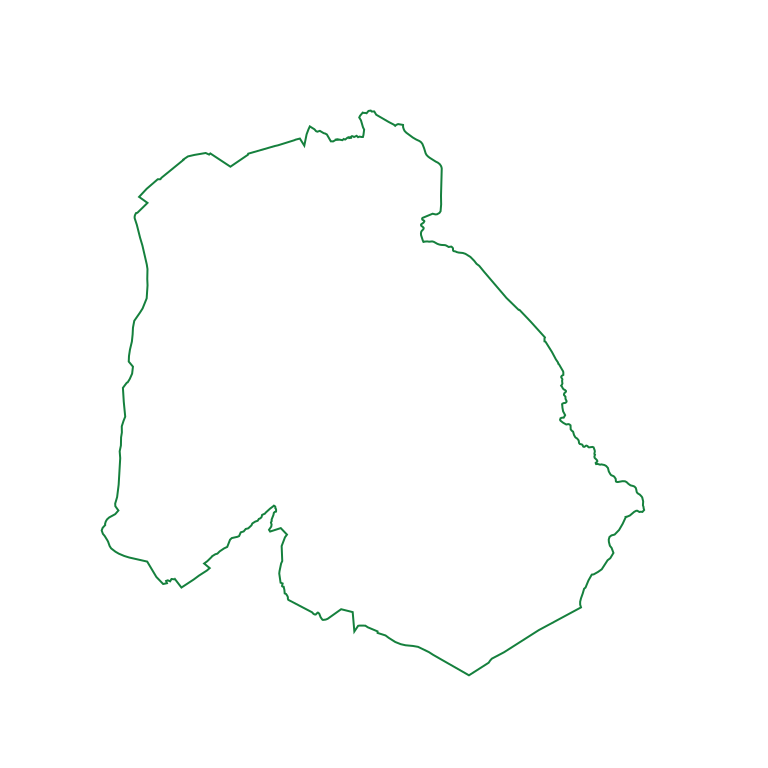 the district of Jacona, Michoacán, Mexico, rotated 14°
{"feature_id": "50627088B36086667335144", "entity_name": "Jacona", "entity_type": "district", "adm_level": 2, "iso_a3": "MEX", "parent_name": "Mexico", "parent_adm1": "Michoacán", "projection": "mercator", "projection_center": [-102.302, 19.941], "detail": "fine", "context": "isolated", "style": "outline", "palette": "green", "viewbox_px": 768, "rotation_deg": 14, "n_neighbors": 0, "source": "geoboundaries", "source_scale": "gbopen_adm2", "svg_char_len": 6165}
<svg xmlns="http://www.w3.org/2000/svg" viewBox="0 0 768 768"><g transform="rotate(14 384 384)"><path d="M135.0,214.7L135.3,214.9L118.2,237.7L117.5,239.4L114.9,240.1L106.5,252.0L101.1,261.7L110.7,265.5L103.3,277.5L102.0,278.2L101.5,280.6L101.6,282.3L102.0,283.5L105.7,289.4L111.9,301.0L116.1,308.1L124.9,325.4L126.7,329.7L128.9,339.4L130.7,345.5L133.0,358.3L131.5,369.1L129.9,373.9L126.4,383.1L126.8,390.1L128.1,396.7L129.1,403.8L129.2,412.2L129.8,418.6L130.9,424.0L136.2,427.9L137.1,434.9L136.1,440.6L134.9,444.4L134.1,445.0L131.6,450.9L135.8,464.2L140.8,478.3L140.2,482.7L139.8,488.5L141.4,494.5L141.8,499.4L143.6,507.3L143.8,513.2L146.0,519.8L150.9,545.9L152.4,558.3L152.1,565.1L152.9,567.6L156.9,571.0L154.7,575.3L149.6,580.0L148.0,582.4L147.3,584.7L147.2,587.3L147.6,588.3L145.8,591.6L145.5,594.4L147.5,597.4L149.7,599.0L153.3,602.5L154.4,603.7L157.0,607.6L159.0,609.5L164.0,611.7L167.8,612.8L173.5,613.7L178.7,614.0L197.2,613.6L209.8,626.3L218.1,631.5L221.6,629.8L220.2,627.8L221.7,626.8L224.2,627.2L225.0,624.6L228.3,624.2L228.4,623.9L236.7,630.5L246.6,619.8L250.8,614.7L257.3,607.8L259.4,604.8L252.9,601.7L255.4,598.7L258.6,593.5L258.8,592.8L261.5,590.0L263.4,588.9L265.0,586.2L268.6,582.2L271.3,580.0L272.3,572.3L273.6,570.3L278.8,567.7L280.2,566.6L280.9,562.6L283.5,561.0L284.9,558.1L287.2,556.9L289.6,553.2L289.9,551.4L290.2,550.9L292.4,548.6L294.5,547.3L295.2,545.2L296.2,544.5L297.2,543.2L297.4,542.5L297.4,540.5L299.8,538.6L300.4,537.3L303.6,532.5L306.2,529.3L306.5,528.7L306.9,528.7L308.0,529.2L308.4,529.7L308.6,530.8L309.2,531.2L309.8,532.3L310.1,533.9L309.0,534.5L308.3,535.6L308.4,537.8L307.8,542.3L307.8,543.3L308.2,544.0L307.8,545.8L308.9,547.5L309.1,549.6L307.7,553.3L309.2,554.7L318.7,548.8L326.3,553.6L325.0,556.7L323.9,566.0L328.1,580.4L327.6,583.0L327.9,590.8L328.2,593.2L331.7,601.8L333.9,602.1L333.9,604.3L334.1,604.9L334.6,605.1L335.7,605.0L337.2,608.0L338.3,611.2L339.7,611.4L341.3,612.8L342.3,614.1L342.7,615.7L343.4,616.6L369.4,622.9L371.2,624.1L372.5,624.4L373.5,624.2L374.9,621.9L375.3,621.8L376.7,622.5L378.9,625.6L381.1,627.5L381.8,627.7L384.4,626.7L386.1,625.5L396.9,612.9L408.8,612.9L415.1,631.3L417.4,624.9L418.8,624.3L424.3,623.0L427.2,624.0L437.6,625.6L438.0,627.1L446.3,627.6L450.1,629.2L457.3,631.6L463.2,632.4L468.1,632.3L475.3,631.2L480.6,630.8L492.5,633.3L497.2,634.9L536.9,646.1L553.0,629.1L553.9,626.6L555.1,624.4L565.3,615.3L593.7,585.4L629.2,553.1L627.7,550.6L627.0,547.8L627.0,544.3L627.5,539.2L627.7,534.3L628.8,532.7L629.9,525.2L631.7,518.7L633.5,518.0L637.1,514.6L640.1,511.1L643.6,500.9L645.7,498.3L647.5,492.4L644.5,488.0L642.3,486.3L640.4,482.8L639.7,480.6L639.8,477.9L641.3,475.9L644.2,474.3L647.4,468.8L649.4,461.9L650.8,454.6L650.7,454.5L651.0,454.3L651.2,454.5L654.4,452.1L657.7,447.5L659.4,446.0L660.4,445.7L662.8,446.4L664.1,445.8L665.7,445.6L666.9,443.3L666.0,441.8L665.5,440.4L664.6,439.1L663.9,435.3L662.0,431.6L661.1,430.8L658.9,429.4L657.1,428.9L655.7,428.1L655.2,427.4L654.3,425.4L653.4,423.9L651.8,422.9L650.2,422.7L647.7,422.7L645.4,421.8L643.1,420.5L641.4,420.1L638.9,420.6L634.5,422.6L633.1,422.7L632.6,422.4L631.7,419.9L630.0,418.4L629.1,417.9L626.5,417.5L625.4,416.7L623.3,414.5L621.6,411.3L619.4,409.8L617.5,409.3L614.4,409.4L613.2,410.0L610.6,409.9L609.2,410.4L608.5,409.4L609.7,407.6L609.5,406.9L608.8,406.2L606.3,404.7L606.0,404.2L605.7,403.5L605.8,401.6L605.4,401.5L605.0,400.7L604.9,398.5L604.4,397.3L602.7,394.8L601.6,394.6L598.2,395.9L597.6,395.8L596.5,395.0L595.4,394.8L594.8,395.1L593.8,396.4L593.2,396.6L592.4,396.5L591.5,395.3L590.7,394.8L588.4,394.8L587.5,394.0L586.7,392.0L586.0,391.2L584.4,390.1L583.1,389.7L582.4,389.3L580.7,387.5L579.0,384.5L577.5,383.9L576.1,382.8L575.0,379.0L573.8,378.4L573.0,378.3L572.4,378.4L570.6,379.2L567.3,378.3L564.3,377.0L563.5,376.2L563.6,374.5L564.9,373.6L566.5,373.2L567.3,370.4L564.4,367.2L562.9,363.9L562.1,361.5L561.8,361.1L561.8,360.0L562.9,359.1L564.6,358.4L565.2,357.6L565.4,357.0L565.3,356.4L563.7,354.5L563.1,352.4L561.3,351.1L561.1,350.5L561.2,349.4L562.4,347.4L562.2,346.7L561.0,346.0L559.5,345.7L558.3,344.7L557.1,343.3L556.3,342.8L556.8,341.6L557.0,340.4L556.0,337.8L556.0,336.5L555.7,335.9L554.4,334.7L554.2,334.1L554.5,333.1L555.8,331.8L555.2,329.4L554.8,328.5L549.0,322.5L548.2,322.2L547.7,321.1L544.8,318.5L539.3,312.4L530.7,304.1L530.1,303.8L529.4,303.8L528.7,301.0L528.9,299.9L510.9,287.8L497.5,279.3L496.7,279.5L482.0,270.9L454.1,251.0L447.8,246.3L444.7,245.0L441.8,242.7L437.1,239.8L431.5,238.0L428.8,237.8L424.7,238.4L422.4,238.4L421.5,238.1L419.3,238.2L418.6,237.5L418.1,235.7L417.6,235.2L417.2,234.9L416.0,234.4L413.6,235.4L410.9,234.6L409.6,234.5L405.9,235.2L404.0,235.3L401.9,235.1L397.9,234.0L396.2,234.0L393.4,235.0L391.4,235.2L388.7,236.1L387.9,236.1L388.1,236.5L387.9,236.6L387.0,235.5L383.9,230.5L383.4,228.8L383.3,227.4L383.6,226.3L384.7,224.4L384.8,223.1L384.2,222.5L381.8,221.4L381.4,220.6L381.5,220.0L383.4,217.8L383.8,216.4L383.5,215.9L381.4,215.2L381.0,214.5L381.0,214.1L381.2,213.5L382.3,212.7L390.0,207.0L392.9,207.0L394.4,206.5L396.4,204.6L397.1,202.7L396.0,195.9L393.8,187.7L387.9,161.0L387.3,159.7L386.4,158.5L384.9,157.2L382.7,156.2L380.4,155.7L373.5,153.4L371.5,152.5L369.8,151.4L368.6,150.1L365.9,145.6L363.3,141.9L361.6,140.5L359.7,139.7L356.1,139.0L352.4,137.9L344.9,134.8L342.8,133.5L341.6,132.1L340.4,130.2L339.8,128.0L334.8,128.4L333.2,129.6L332.4,130.8L330.9,130.0L325.1,128.6L311.3,124.6L308.6,121.9L306.1,122.6L305.0,121.9L302.9,122.8L301.6,125.5L300.3,125.5L298.8,125.9L297.7,125.8L295.9,129.5L295.5,131.4L297.9,133.8L301.5,140.0L303.2,142.0L303.8,147.3L303.8,149.4L302.8,149.7L300.4,149.9L299.1,150.8L297.4,149.8L295.2,151.6L293.6,151.2L292.9,151.3L292.2,152.1L292.5,153.1L290.7,153.8L290.2,153.0L289.0,153.8L287.3,156.1L286.4,156.2L285.7,156.0L284.6,157.5L279.5,157.8L279.3,157.9L280.2,158.2L278.0,158.9L276.0,160.9L273.7,161.4L268.2,155.7L266.3,155.2L264.8,155.2L260.5,153.9L258.3,155.3L256.9,155.1L254.9,153.7L249.7,152.0L249.1,155.3L248.5,160.5L249.0,172.0L243.0,166.2L239.1,168.3L238.1,169.1L223.3,178.1L220.5,179.5L196.5,193.4L196.5,194.5L182.4,210.3L159.7,202.3L158.8,203.7L155.1,203.0L144.6,207.6L138.7,210.6L135.0,214.7Z" fill="none" stroke="#15803d" stroke-width="2"/></g></svg>